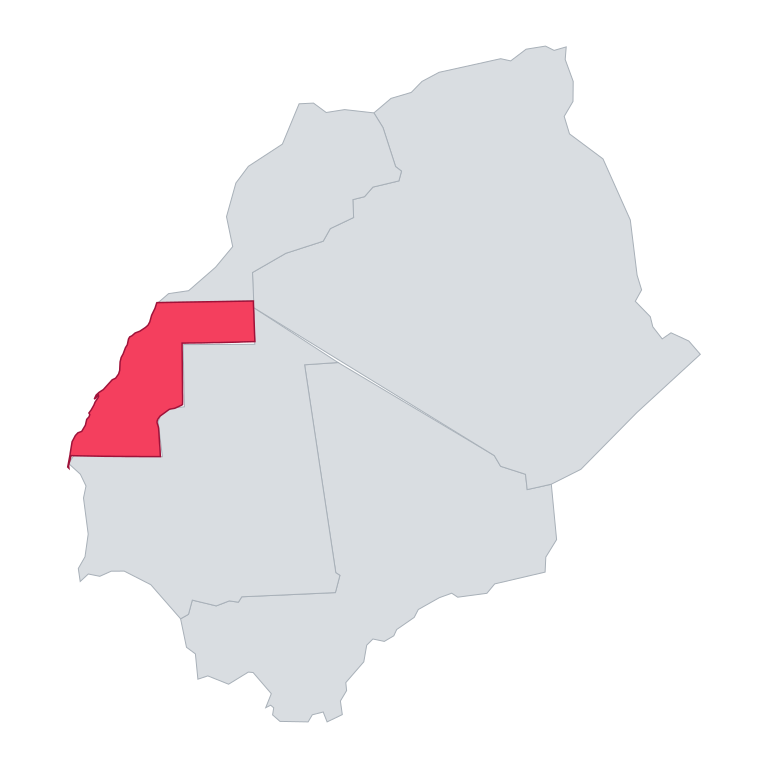 Western Sahara and the surrounding countries
{"feature_id": "ESH", "entity_name": "Western Sahara", "entity_type": "country or territory", "adm_level": 0, "iso_a3": "ESH", "parent_name": "Africa", "parent_adm1": "", "projection": "orthographic", "projection_center": [-13.3, 24.236], "detail": "fine", "context": "with_neighbors", "style": "filled", "palette": "rose", "viewbox_px": 768, "rotation_deg": 0, "n_neighbors": 4, "source": "natural_earth", "source_scale": "50m", "svg_char_len": 3981}
<svg xmlns="http://www.w3.org/2000/svg" viewBox="0 0 768 768"><path d="M197.9,679.2L195.4,653.9L186.5,647.3L180.6,618.8L188.5,614.3L192.3,600.1L216.2,605.9L229.3,600.9L238.4,602.2L241.8,596.8L335.4,592.6L339.9,575.4L335.8,572.7L304.6,364.8L338.0,362.5L494.3,455.6L500.6,466.3L525.5,474.3L527.2,489.6L551.3,484.2L556.6,539.6L545.8,557.1L545.1,572.1L494.7,583.9L486.9,593.3L457.7,597.2L451.7,593.2L439.3,597.7L418.3,609.5L414.2,617.4L396.7,629.5L393.8,635.8L384.3,641.4L372.9,639.0L366.7,645.2L363.8,661.8L345.8,682.6L346.6,690.6L340.4,701.0L342.3,714.6L327.1,721.9L323.2,712.0L312.3,714.8L308.1,721.9L280.0,721.4L272.6,714.9L273.7,707.8L270.7,705.2L265.7,707.7L271.3,693.7L253.1,672.5L248.3,672.1L228.6,684.2L207.8,675.9L197.9,679.2Z" fill="#d9dde1" stroke="#a8b0b8" stroke-width="1"/><path d="M68.6,463.5L73.8,455.6L162.4,456.7L158.1,421.6L163.5,409.1L184.4,406.8L183.1,344.6L254.8,344.3L253.6,307.6L338.0,362.5L304.6,364.8L335.8,572.7L339.9,575.4L335.4,592.6L241.8,596.8L238.4,602.2L229.3,600.9L216.2,605.9L192.3,600.1L188.5,614.3L180.6,618.8L150.8,584.7L124.2,571.1L111.2,571.2L99.8,576.3L88.3,574.0L80.2,581.5L78.3,568.5L85.0,556.8L88.2,534.1L83.5,498.0L86.0,486.0L80.4,474.3L68.6,463.5Z" fill="#d9dde1" stroke="#a8b0b8" stroke-width="1"/><path d="M253.6,307.6L252.5,272.5L285.8,253.3L323.2,241.2L330.3,228.6L353.6,217.5L352.9,199.6L364.5,196.7L372.9,187.1L398.9,180.9L401.5,171.2L395.6,166.6L383.0,127.6L373.9,112.9L391.0,98.4L411.3,92.4L422.0,81.4L439.1,72.3L500.7,58.7L510.7,60.9L526.1,49.2L545.5,46.1L554.1,50.4L566.2,46.9L565.2,59.5L573.2,81.4L573.0,101.4L564.2,116.4L569.5,133.9L603.0,158.9L630.3,220.0L637.1,275.2L641.6,289.9L635.3,301.3L650.3,316.7L652.8,326.8L662.2,338.9L671.0,332.8L688.8,341.0L700.3,354.3L636.8,412.6L580.9,469.3L551.3,484.2L527.2,489.6L525.5,474.3L500.6,466.3L494.3,455.6L253.6,307.6Z" fill="#d9dde1" stroke="#a8b0b8" stroke-width="1"/><path d="M168.6,293.6L188.6,290.7L215.6,267.2L232.7,246.6L226.5,216.7L235.9,183.0L248.4,166.3L282.4,144.1L299.1,103.8L313.5,103.1L326.2,112.5L344.6,109.6L373.9,112.9L383.0,127.6L395.6,166.6L401.5,171.2L398.9,180.9L372.9,187.1L364.5,196.7L352.9,199.6L353.6,217.5L330.3,228.6L323.2,241.2L285.8,253.3L252.5,272.5L253.7,301.0L158.2,302.6L168.6,293.6Z" fill="#d9dde1" stroke="#a8b0b8" stroke-width="1"/><path d="M253.7,310.2L253.9,314.3L254.0,319.1L254.2,323.9L254.4,329.4L254.6,334.8L254.8,338.8L254.9,341.6L250.4,341.7L246.4,341.8L242.3,341.9L238.2,342.1L234.2,342.2L230.1,342.3L226.0,342.4L222.0,342.5L217.9,342.6L213.8,342.6L209.8,342.7L205.7,342.8L201.6,342.9L197.6,342.9L193.5,343.0L189.4,343.0L185.3,343.1L182.1,343.1L182.1,346.0L182.1,349.3L182.2,352.6L182.2,355.9L182.2,359.2L182.3,362.5L182.3,365.9L182.3,369.2L182.4,372.5L182.4,375.8L182.4,379.1L182.5,382.4L182.5,385.7L182.5,389.0L182.5,392.3L182.6,395.7L182.6,399.0L182.6,401.9L182.5,404.6L181.2,405.4L178.0,406.8L174.7,408.3L170.6,409.0L169.2,409.4L166.5,411.4L163.1,413.9L160.0,416.1L158.0,418.9L157.3,420.4L157.0,422.1L157.3,423.6L158.3,426.7L158.6,428.3L158.8,431.1L159.0,434.0L159.2,437.3L159.4,440.5L159.6,443.9L159.9,447.3L160.1,450.8L160.2,453.3L160.4,456.6L157.0,456.6L151.8,456.6L146.6,456.6L141.4,456.6L136.2,456.5L131.0,456.5L125.9,456.5L120.7,456.4L115.5,456.4L110.3,456.3L105.1,456.3L99.9,456.2L94.7,456.1L89.5,456.0L84.3,455.9L79.1,455.8L74.0,455.7L71.1,455.6L70.0,460.1L69.1,463.3L68.6,466.0L68.9,468.2L67.7,467.0L70.1,454.4L70.2,453.3L72.1,441.7L75.4,435.5L77.9,432.8L81.7,431.4L85.4,425.2L86.7,419.4L89.1,416.7L89.8,414.6L88.9,413.0L91.2,409.9L93.9,405.1L95.1,402.1L98.3,397.3L98.6,396.3L98.4,395.1L97.2,396.1L95.9,397.8L94.3,399.2L95.0,397.5L96.2,395.0L99.0,392.4L103.3,389.6L112.2,379.8L115.6,378.2L118.6,374.0L119.7,370.4L120.1,361.9L121.2,357.4L123.1,354.0L125.5,347.6L127.3,344.8L128.5,339.0L129.7,336.9L131.9,335.8L135.1,333.0L139.8,331.2L145.4,327.5L148.0,325.2L149.8,321.9L151.6,315.3L155.0,308.3L156.7,303.0L156.7,302.9L157.0,302.6L253.4,301.0L253.5,305.3L253.7,310.2Z" fill="#f43f5e" stroke="#9f1239" stroke-width="1.5"/></svg>